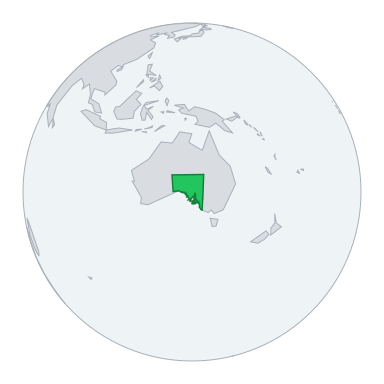 South Australia on an orthographic globe
{"feature_id": "AUS-2655", "entity_name": "South Australia", "entity_type": "State", "adm_level": 1, "iso_a3": "AUS", "parent_name": "Australia", "parent_adm1": "", "projection": "orthographic", "projection_center": [136.572, -32.035], "detail": "fine", "context": "on_globe", "style": "filled", "palette": "green", "viewbox_px": 384, "rotation_deg": 0, "n_neighbors": 0, "source": "natural_earth", "source_scale": "10m", "svg_char_len": 9303}
<svg xmlns="http://www.w3.org/2000/svg" viewBox="0 0 384 384"><circle cx="192" cy="192" r="169" fill="#eef3f6" stroke="#a8b0b8"/><path d="M303.6,169.1L303.5,170.4L303.3,170.4L303.6,169.1ZM339.9,113.4L338.5,110.3L340.3,113.4L339.9,113.4ZM337.0,107.7L337.6,108.9L337.0,107.8L337.0,107.7ZM336.1,106.4L336.7,107.3L336.1,106.6L336.1,106.4ZM335.0,105.1L335.5,105.7L335.0,105.1ZM332.9,102.1L332.3,101.3L332.7,101.6L332.9,102.1ZM231.5,356.3L231.9,356.2L234.0,355.7L231.5,356.3ZM233.8,28.3L228.7,27.8L223.0,25.9L233.8,28.3ZM197.6,23.1L189.5,23.3L197.7,23.5L200.7,24.1L195.4,26.6L171.6,32.4L175.2,35.0L174.0,37.0L167.6,38.3L169.2,35.4L164.7,34.6L166.6,33.0L156.8,34.9L159.1,32.7L150.4,35.6L151.3,37.1L159.1,35.9L150.5,39.9L155.6,43.0L153.8,47.9L137.0,59.2L123.6,64.6L122.2,66.8L118.2,65.5L110.8,71.1L116.8,81.2L115.9,85.1L104.9,95.0L105.0,92.1L94.3,88.7L90.8,98.7L98.9,103.9L101.6,113.1L94.8,111.9L92.2,104.3L88.4,102.8L90.5,94.2L89.4,84.0L82.5,88.8L84.1,84.2L81.5,78.3L72.3,85.5L56.9,104.9L53.1,117.9L48.5,126.5L47.2,113.5L50.6,103.2L47.7,107.0L48.4,103.1L46.6,106.0L53.1,95.9L60.3,86.2L68.1,77.1L76.6,68.5L85.7,60.6L95.4,53.4L105.5,46.9L116.0,41.1L127.0,36.0L138.3,31.8L149.8,28.4L161.6,25.8L173.5,24.1L185.5,23.2L197.6,23.1ZM26.6,226.3L27.0,228.1L30.7,241.4L36.4,257.7L40.7,266.3L44.3,273.7L47.7,279.1L53.4,287.9L61.0,298.4L65.3,303.8L57.4,294.1L50.2,283.8L43.8,273.1L38.2,261.9L33.4,250.3L29.5,238.4L26.6,226.3ZM88.7,276.9L92.0,278.0L91.0,279.5L88.7,276.9ZM29.3,223.7L38.8,251.7L39.0,256.1L35.7,250.6L29.9,235.2L28.5,226.4L26.9,217.9L29.3,223.7ZM141.6,131.5L146.7,131.9L146.6,132.6L141.6,131.5ZM136.2,129.5L141.9,129.2L135.4,131.2L136.2,129.5ZM144.2,129.1L150.0,127.3L152.5,125.9L152.1,127.5L144.2,129.1ZM132.5,130.0L112.6,133.2L105.1,133.0L106.6,129.9L118.9,128.0L132.5,130.0ZM106.1,130.0L94.8,125.8L81.0,111.3L85.9,109.6L100.6,116.3L99.7,118.7L106.5,122.5L106.1,130.0ZM134.2,111.5L133.2,118.2L122.1,119.3L117.1,119.1L113.7,111.6L115.6,107.1L119.6,106.5L136.2,90.8L141.7,93.4L136.4,99.4L141.0,104.3L134.2,111.5ZM53.3,118.7L54.6,124.7L52.3,127.6L53.3,118.7ZM143.8,81.5L136.5,87.5L143.4,79.8L143.8,81.5ZM148.4,74.7L148.4,77.2L146.0,75.0L148.4,74.7ZM121.2,70.0L117.0,71.4L117.3,69.8L123.0,67.0L121.2,70.0ZM152.3,52.6L150.6,56.9L149.3,58.4L148.1,56.0L152.3,52.6ZM266.1,230.8L269.0,234.5L264.5,239.3L257.8,243.2L250.6,241.8L266.1,230.8ZM212.2,226.6L210.2,218.2L217.9,219.4L216.2,226.0L212.2,226.6ZM270.9,228.1L274.9,222.9L274.7,213.6L276.3,223.0L281.4,226.8L270.8,235.0L270.9,228.1ZM178.8,190.7L148.0,204.7L140.7,203.6L141.3,197.4L132.2,181.1L134.4,181.1L131.4,170.4L148.9,159.0L161.1,141.9L172.2,143.1L179.8,131.9L191.8,133.7L188.9,142.5L202.2,150.4L209.2,130.9L219.2,155.0L230.2,166.2L235.6,183.9L223.2,209.8L214.2,213.6L211.6,210.0L208.1,212.5L201.4,209.8L196.0,199.0L192.6,201.5L195.1,194.6L190.6,200.4L186.3,193.8L178.8,190.7ZM265.2,166.6L267.4,168.2L271.5,174.5L267.9,172.0L265.2,166.6ZM298.0,170.3L299.4,173.3L296.9,172.2L298.0,170.3ZM303.3,170.4L300.4,169.2L303.6,169.1L303.3,170.4ZM274.8,157.1L276.1,159.1L275.3,159.2L274.8,157.1ZM273.9,156.1L274.9,154.3L275.0,156.7L273.9,156.1ZM262.5,139.2L263.6,138.5L264.3,139.7L262.5,139.2ZM154.3,131.6L161.2,125.9L165.2,125.4L154.3,131.6ZM260.4,136.1L257.3,134.7L257.5,133.7L260.4,136.1ZM260.5,133.5L260.0,131.7L262.3,136.3L260.5,133.5ZM254.2,127.7L258.2,131.9L253.8,127.9L254.2,127.7ZM252.0,127.3L249.2,125.2L249.3,124.8L252.0,127.3ZM222.3,121.2L232.5,132.9L224.7,130.7L215.8,123.1L209.6,127.3L195.0,124.3L198.1,121.4L196.0,116.3L181.5,113.1L178.5,109.8L183.5,108.1L174.2,105.2L184.4,104.4L188.7,111.0L194.6,106.7L205.0,109.2L215.5,113.1L224.3,119.7L222.3,121.2ZM184.8,118.3L186.6,118.5L185.1,120.3L184.8,118.3ZM243.8,119.9L247.9,124.4L247.5,125.0L245.5,123.9L243.8,119.9ZM226.2,119.0L235.5,116.1L237.8,116.8L231.7,121.2L226.2,119.0ZM233.1,112.0L237.6,113.9L240.0,117.6L239.1,118.2L233.1,112.0ZM163.9,111.6L163.6,113.3L161.0,112.0L163.9,111.6ZM167.2,110.6L175.1,112.7L166.6,112.0L167.2,110.6ZM144.3,105.4L146.5,109.2L153.3,106.3L148.1,110.3L153.0,116.8L151.5,119.5L146.6,112.3L145.2,120.1L142.2,120.2L140.4,113.8L143.3,105.8L146.3,102.5L158.8,100.6L144.3,105.4ZM167.1,105.6L165.1,101.0L166.6,98.0L168.8,100.4L167.1,105.6ZM159.4,90.6L154.5,86.0L149.6,88.0L159.8,81.1L162.8,86.5L159.4,90.6ZM155.8,80.4L151.2,82.2L156.1,78.3L155.8,80.4ZM150.2,80.7L150.1,77.7L153.5,77.9L150.2,80.7ZM158.1,80.4L159.6,75.1L161.0,78.1L158.1,80.4ZM149.6,71.1L156.3,75.5L146.9,74.0L148.2,64.8L152.3,64.2L149.6,71.1ZM183.2,39.3L183.1,37.7L187.3,37.5L186.2,38.6L183.2,39.3ZM200.9,36.4L188.4,36.9L178.3,38.1L180.7,38.9L177.2,41.8L174.4,39.0L182.5,36.1L189.9,35.8L192.4,33.9L198.6,33.1L199.4,30.9L202.6,30.3L204.1,32.3L200.9,36.4ZM199.5,30.0L203.1,27.3L210.4,28.5L211.2,29.4L206.5,30.0L202.9,29.3L199.5,30.0ZM206.1,27.1L202.8,26.5L201.0,23.8L202.4,23.7L207.6,25.7L204.7,25.4L203.8,26.0L206.1,27.1Z" fill="#d9dde1" stroke="#a8b0b8" stroke-width="1"/><path d="M186.1,193.4L185.9,193.3L185.7,193.3L185.6,193.5L185.4,193.5L185.2,193.5L185.3,193.3L185.3,193.2L185.5,193.1L185.2,192.7L185.0,192.8L185.0,192.6L184.8,192.6L184.7,192.4L184.8,192.4L184.7,192.3L184.5,192.5L184.3,192.4L184.1,192.4L184.1,192.5L184.3,192.5L184.2,192.6L183.9,192.6L183.6,192.6L183.2,192.3L182.5,191.9L181.9,191.9L181.8,192.0L181.7,192.0L181.8,192.2L181.6,192.1L181.4,192.2L181.2,192.2L180.8,191.9L180.0,191.4L179.4,191.0L178.5,190.7L178.3,190.7L178.0,190.9L177.5,191.1L175.9,191.1L175.7,191.2L175.4,191.2L174.9,191.3L174.4,191.4L174.2,191.4L173.5,191.5L173.4,191.6L173.1,191.6L172.0,174.9L203.7,174.5L202.8,198.1L202.7,198.0L202.2,209.9L201.6,209.9L201.4,209.8L201.0,209.5L200.9,209.5L200.8,209.4L200.8,209.2L200.6,208.7L200.3,208.4L200.1,208.2L199.6,207.5L199.4,207.3L199.5,207.2L199.5,206.9L199.4,206.7L199.6,206.4L199.8,206.1L199.8,205.6L199.5,204.9L199.1,204.0L199.0,203.9L198.9,203.7L198.3,203.0L197.6,202.5L197.8,202.5L198.9,203.6L199.1,203.9L199.4,204.5L199.4,204.3L199.2,203.8L198.9,203.5L198.8,203.4L198.3,202.8L197.9,202.6L198.0,202.5L198.0,202.4L198.4,202.4L198.4,202.6L198.4,202.8L198.5,202.9L198.7,202.6L198.4,202.3L198.5,202.2L198.7,202.3L198.7,202.2L198.7,201.9L198.6,202.0L198.6,201.9L198.3,201.7L198.3,201.8L198.1,202.0L197.9,201.9L197.7,202.0L197.9,202.3L197.6,202.3L197.5,202.2L197.3,202.2L197.4,202.3L197.6,202.3L197.8,202.4L197.5,202.5L197.4,202.4L197.2,202.4L197.0,202.5L196.9,202.6L196.7,202.7L196.1,202.7L195.9,202.7L195.7,202.6L195.8,202.4L196.0,202.2L196.3,201.9L196.5,201.8L196.5,201.5L196.6,201.4L196.6,201.1L196.7,200.9L196.6,200.4L196.7,200.2L196.8,200.1L196.5,199.9L196.5,199.7L196.4,199.6L196.3,199.4L196.2,199.3L196.0,198.8L196.0,198.7L195.9,198.6L195.9,198.4L195.7,198.2L195.5,198.5L195.3,199.0L195.2,199.4L195.2,199.5L195.2,199.8L195.1,200.1L195.0,200.3L194.9,200.7L194.9,200.9L194.8,201.1L194.6,201.3L194.4,201.1L194.1,201.1L193.8,201.3L193.6,201.3L193.4,201.5L193.1,201.4L192.8,201.6L192.7,201.6L192.7,201.3L192.9,201.2L192.9,200.8L193.0,200.7L193.4,200.5L193.7,200.5L194.0,200.6L194.1,200.2L194.3,199.6L194.2,199.4L194.2,199.2L194.2,198.8L194.2,198.5L194.1,198.3L194.2,198.2L194.3,198.2L194.4,197.9L194.6,197.6L194.5,197.4L194.8,197.2L195.0,196.9L195.2,196.6L195.3,196.6L195.4,196.4L195.2,196.0L195.2,195.9L195.1,195.7L195.2,195.4L195.4,195.3L195.6,195.3L195.6,195.1L195.6,194.9L195.4,194.9L195.3,194.2L195.2,194.0L195.2,193.8L195.1,193.7L195.0,193.4L194.9,193.6L194.9,194.0L195.0,194.1L195.1,194.4L195.0,194.6L194.9,194.6L195.0,194.8L194.9,194.8L194.7,194.7L194.5,194.8L194.5,195.0L194.3,195.2L194.2,195.3L194.1,195.5L194.0,196.1L193.8,196.3L193.6,196.8L193.4,196.9L193.1,197.0L192.9,196.9L192.8,197.1L193.0,197.1L192.8,197.2L192.6,197.2L192.3,197.4L192.1,197.5L191.5,198.0L191.2,198.7L190.9,198.8L190.9,199.0L190.9,199.4L190.8,199.2L190.5,199.4L190.4,199.5L190.5,199.7L190.4,199.7L190.3,199.8L190.3,200.0L190.2,200.1L190.3,200.2L190.5,200.1L190.5,200.4L190.6,200.7L190.5,200.8L190.5,200.7L190.4,200.6L190.2,200.4L189.9,200.4L189.9,200.5L189.7,200.6L189.7,200.4L189.3,200.0L189.1,199.8L189.0,199.7L188.9,199.6L188.7,199.5L188.4,199.6L188.6,199.3L188.7,199.1L188.7,199.3L189.0,199.4L188.9,199.4L188.9,199.5L189.0,199.5L189.4,199.6L189.2,199.6L189.2,199.4L189.2,199.5L189.1,199.3L189.1,199.2L189.0,198.6L188.9,198.3L188.7,198.2L188.8,198.2L188.8,197.9L188.6,197.5L188.5,197.4L188.2,197.1L187.7,196.7L187.8,196.7L187.8,196.3L187.7,195.9L187.3,195.6L187.5,195.5L187.4,195.4L187.1,195.3L187.3,195.6L187.2,195.6L186.8,195.4L186.6,195.4L186.5,195.5L186.3,195.4L186.2,195.0L186.2,194.9L186.0,194.7L186.0,194.8L185.8,194.7L186.0,194.4L185.8,194.1L186.2,194.1L186.1,194.3L186.4,194.0L186.3,193.7L186.1,193.4ZM195.7,203.2L195.7,203.3L195.5,203.5L195.4,203.5L195.2,203.3L194.5,203.4L194.5,203.5L194.5,203.8L194.1,203.9L193.9,203.7L193.6,203.6L193.4,203.8L193.1,203.7L192.8,203.8L192.7,203.8L192.3,203.9L192.2,203.6L191.9,203.4L192.0,203.1L192.3,202.9L192.6,202.8L193.2,202.7L193.7,202.6L193.8,202.5L194.1,202.5L194.5,202.5L194.4,202.7L194.6,202.7L194.4,202.9L194.5,202.9L194.7,203.0L194.9,202.9L194.9,203.1L195.0,203.1L195.2,202.9L195.3,202.9L195.6,203.0L195.7,203.2ZM190.9,200.6L191.1,200.8L191.1,201.0L191.0,200.9L191.0,200.7L190.8,200.6L190.9,200.6ZM184.5,192.9L184.8,192.7L184.6,192.8L184.5,192.9ZM187.0,196.9L187.0,197.1L186.9,197.1L187.0,196.9ZM193.9,199.2L193.9,199.3L193.9,199.2ZM191.7,201.2L191.8,201.2L191.7,201.2L191.7,201.2Z" fill="#22c55e" stroke="#15803d" stroke-width="1.5"/></svg>